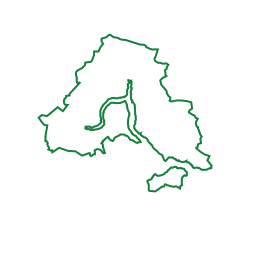 Stranda nor, Møre og Romsdal, Norway (Albers equal-area conic projection), rotated 139°
{"feature_id": "86288312B75373979576065", "entity_name": "Stranda nor", "entity_type": "district", "adm_level": 2, "iso_a3": "NOR", "parent_name": "Norway", "parent_adm1": "Møre og Romsdal", "projection": "albers", "projection_center": [7.009, 62.168], "detail": "fine", "context": "isolated", "style": "outline", "palette": "green", "viewbox_px": 256, "rotation_deg": 139, "n_neighbors": 0, "source": "geoboundaries", "source_scale": "gbopen_adm2", "svg_char_len": 5845}
<svg xmlns="http://www.w3.org/2000/svg" viewBox="0 0 256 256"><g transform="rotate(139 128 128)"><path d="M127.8,109.1L127.7,109.6L127.2,110.3L127.2,111.3L127.3,112.8L127.5,115.5L127.2,116.4L127.3,117.0L127.9,117.8L128.2,119.2L128.5,119.6L128.6,120.7L128.4,120.7L128.5,121.7L128.2,121.9L127.9,126.3L127.5,127.7L126.9,128.8L126.2,129.4L125.9,130.5L122.8,133.9L120.1,136.0L118.6,136.8L118.2,137.6L117.7,137.7L117.2,138.4L116.7,140.5L115.4,143.7L115.2,143.7L113.8,146.3L113.6,146.2L113.1,147.4L113.0,148.6L112.4,149.4L112.5,150.3L117.3,151.9L120.8,154.6L120.9,154.9L122.2,156.4L122.7,156.6L123.5,157.8L125.5,158.3L126.5,158.1L129.3,158.4L135.4,156.7L135.8,155.8L136.6,155.7L138.0,154.4L138.0,154.1L138.3,153.8L138.8,153.5L140.2,151.6L141.4,148.8L142.7,147.7L143.0,146.8L144.0,146.2L147.7,145.7L151.3,146.8L154.3,148.8L155.9,149.4L156.1,150.1L157.3,150.5L158.2,152.8L159.5,153.9L160.5,155.6L159.1,156.9L158.7,156.8L158.0,155.5L157.4,155.4L155.9,154.1L155.7,153.4L156.0,153.1L155.7,152.4L154.8,151.6L153.7,151.6L149.1,149.7L145.2,149.7L143.6,150.4L143.5,151.8L142.4,152.2L140.5,156.0L139.2,157.1L138.1,158.7L136.9,159.5L133.6,161.1L132.4,161.1L131.9,161.6L125.8,162.0L125.4,162.4L123.9,162.5L120.1,160.9L119.0,160.1L119.0,159.7L118.3,159.2L116.9,157.5L114.7,156.6L113.7,155.7L112.9,155.5L112.9,155.1L109.5,153.8L109.6,153.6L107.5,153.6L106.0,154.6L103.7,157.3L101.7,158.0L99.4,161.3L97.1,160.9L96.8,161.8L97.0,163.3L96.4,163.9L95.9,163.3L96.2,163.0L96.1,162.7L96.1,162.4L95.2,161.9L95.5,161.8L95.4,161.2L94.9,160.8L96.6,158.7L99.1,157.0L99.0,156.1L100.2,155.0L99.9,154.9L102.6,153.4L103.4,151.3L104.1,151.1L106.2,148.6L106.5,147.5L106.6,147.2L106.8,147.2L107.1,145.7L107.5,145.3L107.1,145.3L107.5,144.6L107.5,142.1L107.8,140.9L108.2,140.7L108.8,139.5L109.4,139.2L109.5,138.7L110.6,137.5L110.8,137.0L111.5,136.5L112.2,135.1L113.4,134.0L113.8,133.5L114.3,131.8L115.6,130.7L116.2,129.6L117.1,128.8L118.1,128.5L119.1,126.9L122.1,125.5L122.9,124.3L123.0,123.8L123.5,123.6L123.7,120.5L123.3,119.2L123.5,118.5L123.5,116.5L122.2,115.9L122.7,115.8L122.6,114.5L122.7,113.9L122.9,113.9L122.8,113.4L122.4,112.4L122.2,111.7L122.4,111.7L121.9,110.2L121.2,109.5L120.8,108.1L120.8,106.7L121.0,105.8L121.4,105.5L121.4,104.7L121.7,103.7L121.6,102.6L121.3,101.7L121.5,100.5L121.3,100.5L121.1,98.8L121.9,97.3L121.9,95.1L121.6,93.8L121.6,93.0L121.3,92.3L121.2,88.0L120.1,85.7L120.0,84.5L120.7,83.7L120.9,82.2L121.8,80.3L121.5,78.9L121.2,78.8L121.2,78.4L116.6,79.1L116.0,78.8L115.0,77.4L113.8,76.8L113.5,75.8L113.6,75.2L112.6,73.7L112.9,72.9L112.5,72.2L112.3,72.2L112.4,71.2L111.8,70.2L110.9,70.3L110.7,69.0L109.9,67.3L108.0,65.6L106.3,65.1L106.6,65.0L106.2,64.7L106.0,63.9L105.8,63.9L105.6,63.0L105.3,63.0L104.9,62.4L104.5,61.3L104.6,60.3L104.2,58.8L104.6,58.4L104.2,57.6L104.7,57.0L104.8,56.2L104.5,56.2L104.6,55.2L104.4,55.2L103.9,53.9L102.6,53.5L101.6,52.7L101.4,51.9L100.4,50.9L100.1,49.0L98.9,47.3L98.9,46.9L97.5,46.2L95.9,44.9L92.9,44.1L92.2,43.2L91.2,43.2L91.1,44.0L89.6,44.7L89.3,51.5L84.9,53.4L87.5,57.8L89.0,62.8L89.7,67.8L89.6,68.3L87.7,68.0L86.7,69.2L86.0,69.7L84.7,69.5L82.9,68.6L80.3,72.6L78.0,73.2L77.7,76.1L76.8,77.5L77.0,77.7L76.8,78.6L76.1,79.4L75.6,81.4L74.6,82.8L75.1,83.6L75.0,84.9L73.2,87.7L69.2,89.3L70.2,91.2L69.6,94.1L70.4,95.0L71.8,99.7L71.3,100.3L69.9,101.0L66.9,100.6L63.4,105.9L65.9,109.6L69.3,113.4L73.4,117.0L77.2,119.1L78.6,120.7L78.6,121.4L77.7,121.6L76.0,123.4L76.5,126.0L76.2,126.7L75.8,129.1L74.7,130.4L74.5,132.6L74.5,138.8L72.4,142.8L68.4,143.1L67.7,142.6L64.9,142.0L64.8,143.8L63.6,145.0L62.3,147.3L60.0,147.3L58.7,148.5L56.1,149.2L56.6,151.5L58.9,153.1L60.0,154.4L61.0,156.3L62.4,157.3L63.3,159.8L63.5,161.4L62.5,162.9L59.8,164.1L53.9,167.7L56.5,170.1L58.2,171.2L59.5,173.4L61.2,177.2L60.7,177.8L60.7,178.3L61.3,180.2L64.6,183.7L72.2,196.3L73.8,197.7L75.9,200.4L76.1,201.7L77.3,203.9L79.2,205.6L80.3,210.2L81.6,210.7L85.1,210.8L89.4,212.8L91.1,210.7L91.6,207.8L95.1,207.3L100.2,205.1L103.3,208.0L105.8,205.3L111.1,202.4L112.6,202.3L117.3,205.4L119.1,203.7L122.9,203.3L128.2,204.5L130.5,204.2L132.4,202.4L134.0,198.9L135.1,198.2L136.6,195.7L136.7,195.4L135.0,194.3L134.8,193.8L149.9,192.1L150.7,191.6L150.8,191.0L153.8,192.7L154.3,192.0L155.9,191.4L156.7,191.7L158.3,190.8L159.4,189.6L160.1,188.2L160.2,186.8L158.5,185.0L165.0,183.7L166.1,183.5L167.4,189.8L181.2,190.1L184.6,194.3L188.6,194.4L189.1,190.1L189.2,185.4L187.2,182.9L195.9,175.8L195.8,175.5L198.4,173.1L198.9,172.2L198.1,171.8L198.3,169.5L198.6,169.1L199.5,168.8L200.2,166.9L200.3,165.7L201.2,163.9L202.1,164.0L201.4,162.0L199.9,160.9L201.1,159.3L193.1,158.3L188.1,149.9L182.9,144.8L180.8,137.3L173.7,134.5L173.4,134.1L174.5,132.0L174.2,130.9L170.8,130.6L170.1,129.9L168.2,132.4L168.1,132.8L167.5,133.0L165.0,132.3L163.4,130.1L163.0,128.6L163.0,127.4L163.4,126.1L162.9,124.8L161.8,124.3L159.4,129.9L157.9,132.1L157.7,133.0L158.1,133.8L156.8,134.2L156.2,133.9L155.2,134.9L153.8,134.4L152.9,134.8L148.9,134.4L148.9,134.0L149.3,131.0L148.2,128.3L147.3,128.1L145.2,129.3L143.2,129.2L138.9,128.0L138.0,128.1L136.3,126.7L135.1,125.3L134.8,124.4L135.0,124.0L133.9,122.9L133.6,120.7L134.1,117.8L133.3,117.0L132.5,115.1L132.0,114.0L132.1,113.4L131.7,112.2L130.7,110.5L129.9,110.6L127.8,109.1ZM153.1,66.5L149.1,62.3L140.6,61.3L139.3,60.3L136.8,61.1L136.1,59.3L132.0,53.4L130.4,52.8L129.7,52.0L128.4,48.2L126.7,49.8L124.6,49.4L123.8,50.9L120.1,54.9L116.6,55.4L115.6,53.8L114.2,54.0L112.9,56.0L112.5,56.2L112.7,57.4L112.8,59.2L112.5,60.4L113.5,61.4L113.8,62.5L114.2,62.5L115.0,63.9L116.2,64.2L117.0,65.3L116.8,65.4L117.1,66.1L117.1,66.6L117.3,66.6L117.6,67.5L118.2,68.2L119.9,68.5L120.8,69.0L121.2,69.9L126.1,69.7L127.2,69.2L128.6,69.8L130.5,69.5L132.7,70.1L135.0,71.0L137.0,72.4L137.6,73.8L137.5,75.0L138.0,75.5L140.2,75.4L140.8,74.8L142.1,74.9L143.1,74.2L144.3,74.1L147.0,75.3L148.3,75.3L149.8,71.2L152.9,67.7L153.1,66.5Z" fill="none" stroke="#15803d" stroke-width="2"/></g></svg>